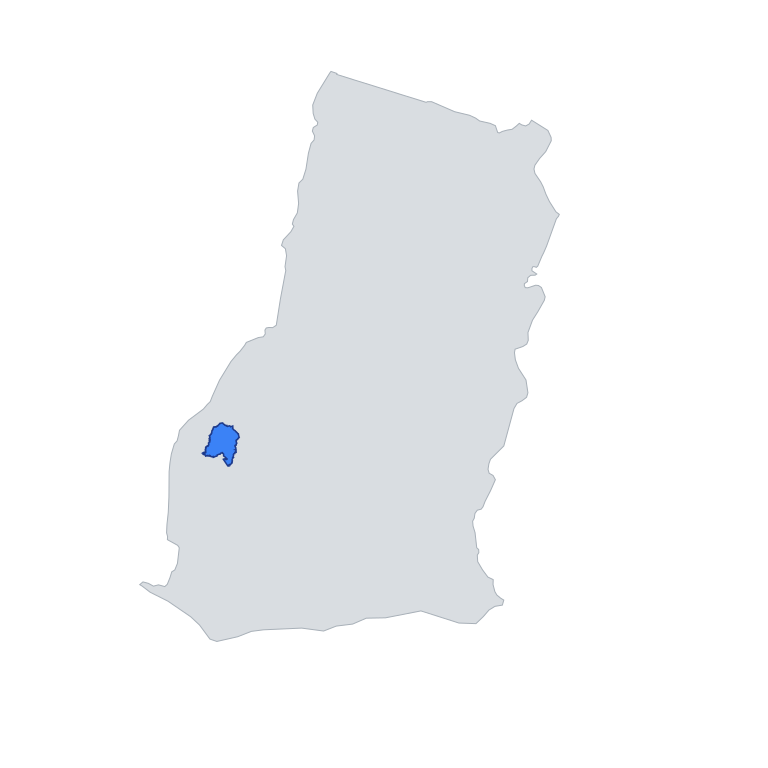 Asunafo North Municipal, Brong Ahafo, Ghana (highlighted), rotated 18°
{"feature_id": "2480657B96138797401471", "entity_name": "Asunafo North Municipal", "entity_type": "district", "adm_level": 2, "iso_a3": "GHA", "parent_name": "Ghana", "parent_adm1": "Brong Ahafo", "projection": "robinson", "projection_center": [-2.711, 6.815], "detail": "fine", "context": "in_parent", "style": "filled", "palette": "blue", "viewbox_px": 768, "rotation_deg": 18, "n_neighbors": 0, "source": "geoboundaries", "source_scale": "gbopen_adm2", "svg_char_len": 7711}
<svg xmlns="http://www.w3.org/2000/svg" viewBox="0 0 768 768"><g transform="rotate(18 384 384)"><path d="M461.5,92.2L466.7,97.8L467.9,101.0L466.0,113.0L462.3,121.4L459.9,129.3L460.2,133.2L462.5,137.1L470.5,143.3L474.5,147.3L479.3,153.4L484.9,159.3L494.3,167.1L498.3,168.5L498.1,170.6L496.9,173.6L496.0,202.5L495.3,209.9L494.7,213.7L493.8,224.4L492.8,226.0L491.0,225.9L489.4,226.3L489.0,228.4L489.7,230.6L495.3,232.2L494.1,233.8L489.9,235.3L487.9,238.5L488.8,242.2L486.5,245.2L487.1,247.2L488.6,248.7L491.0,248.1L497.7,243.2L500.5,242.6L503.9,243.6L510.3,251.2L510.6,254.9L508.0,267.6L505.5,277.4L505.0,290.5L507.7,297.9L507.4,301.9L504.5,305.4L497.9,310.4L498.4,313.9L501.4,320.3L507.0,327.5L517.8,336.3L523.6,347.9L523.7,352.6L520.4,357.3L516.5,361.3L515.2,367.2L517.1,405.9L508.5,422.7L508.4,427.5L509.3,433.0L511.6,436.4L516.0,437.3L519.5,440.6L518.3,452.4L516.4,464.4L516.1,470.2L515.1,473.0L511.7,475.2L510.5,479.0L511.3,483.7L510.7,487.1L512.6,491.6L516.5,497.2L522.8,511.1L525.2,512.2L526.3,515.1L525.6,517.9L528.0,524.0L535.0,530.2L542.4,535.5L548.3,536.3L549.7,541.1L553.6,547.2L556.5,549.8L561.0,551.6L564.7,552.5L564.9,557.7L558.2,561.2L553.7,566.5L550.3,574.6L545.5,583.5L529.1,588.2L522.8,588.2L489.2,588.4L457.7,605.9L439.5,612.2L428.4,622.0L413.4,629.0L402.9,637.6L381.1,641.6L345.4,655.0L334.2,660.3L322.9,669.6L304.6,680.5L297.3,680.4L283.0,670.2L272.1,665.1L245.6,657.3L225.9,654.3L216.3,650.9L213.7,650.3L215.9,646.7L221.5,646.4L227.2,647.5L231.6,644.7L238.1,644.4L239.8,641.5L240.3,634.1L240.2,628.2L242.5,625.5L243.0,618.5L239.9,603.0L237.6,601.2L226.1,599.0L225.3,595.9L223.2,592.7L221.0,584.7L218.5,572.8L214.4,558.0L206.7,533.7L204.8,525.1L203.4,516.3L203.1,505.9L204.8,502.0L204.5,496.6L203.8,491.2L209.3,478.8L220.0,463.6L222.2,458.2L224.2,454.4L224.5,448.9L226.4,431.2L231.5,409.9L234.7,401.8L236.9,397.5L239.5,390.4L240.2,387.0L250.1,378.7L254.6,376.4L255.6,373.1L254.1,369.5L254.7,367.1L257.1,365.8L260.7,364.8L263.4,361.4L259.2,335.1L255.8,308.8L255.6,306.6L253.6,303.0L251.7,292.1L248.4,285.8L243.7,283.9L243.7,278.0L248.4,267.9L249.6,261.9L247.4,260.2L247.1,255.6L248.7,248.1L247.9,243.5L247.0,238.7L242.2,227.2L241.0,219.1L243.5,214.3L243.4,203.9L240.8,187.8L240.3,177.7L242.1,173.5L241.3,169.4L237.7,165.6L237.5,161.9L240.5,158.3L240.1,155.5L236.4,153.4L233.0,148.5L230.0,140.7L230.7,128.1L236.3,105.0L237.0,103.1L243.3,103.2L243.3,104.2L263.0,104.0L285.6,103.7L312.5,103.4L337.0,103.1L338.1,102.1L342.1,100.8L366.9,103.2L382.3,102.0L388.9,102.8L393.7,104.3L404.4,103.3L410.1,103.9L414.4,109.7L416.1,109.6L418.5,107.2L422.8,104.4L427.1,102.2L430.2,97.7L432.1,94.3L434.9,95.0L439.0,94.8L441.7,91.9L442.8,87.5L461.5,92.2Z" fill="#d9dde1" stroke="#a8b0b8" stroke-width="1"/><path d="M233.0,505.5L233.5,505.4L233.5,505.6L233.8,505.6L234.0,505.8L233.9,506.0L233.7,506.0L233.8,506.3L233.5,506.5L233.7,506.8L234.0,506.8L234.4,506.5L234.9,506.4L234.9,506.5L235.1,506.4L235.3,506.6L235.5,506.8L235.8,507.0L236.1,506.9L236.3,507.2L236.7,507.1L236.8,507.6L237.8,507.0L238.2,507.0L238.3,506.5L238.6,506.3L239.3,506.7L239.6,506.7L239.9,506.6L240.2,506.6L240.5,506.3L240.4,505.8L241.0,505.9L241.4,506.4L241.9,506.5L242.4,506.5L242.7,506.2L242.9,506.1L243.6,506.3L243.7,506.1L244.2,506.1L244.4,505.7L244.5,505.8L244.6,506.3L245.6,505.5L246.2,504.8L247.3,504.3L247.4,504.1L247.5,503.7L247.5,503.4L247.3,503.1L249.0,501.6L249.4,501.6L249.9,501.3L250.1,500.2L250.5,500.0L251.1,499.8L251.2,499.7L251.3,499.2L251.5,499.2L252.0,499.8L252.4,499.8L253.1,500.2L253.7,502.0L254.7,502.3L255.1,502.4L258.0,503.8L257.8,504.3L257.0,504.8L256.6,504.5L256.4,504.5L255.7,504.3L255.3,504.7L254.9,505.1L254.6,505.0L254.4,505.2L260.8,510.2L261.2,510.1L260.9,509.9L261.1,509.7L261.1,509.4L261.4,509.1L261.8,508.4L262.4,508.8L262.4,508.6L262.7,508.4L262.9,508.0L263.1,507.7L263.2,507.2L263.3,507.0L263.5,506.6L263.5,506.3L263.5,506.0L263.9,505.9L263.8,505.5L263.7,505.5L263.7,505.4L263.4,505.3L263.4,505.1L263.6,504.5L263.6,503.9L263.2,503.7L262.9,503.0L262.9,502.3L263.2,501.5L263.2,500.9L263.3,500.7L262.9,500.8L262.7,500.6L263.0,500.0L263.1,498.7L262.6,498.1L262.6,497.7L262.7,496.9L262.8,496.8L262.8,496.7L263.3,496.5L263.3,496.4L263.6,496.3L263.5,495.5L263.3,495.2L263.7,495.1L263.8,495.0L264.0,494.8L264.3,494.8L264.5,494.7L264.5,494.4L264.3,494.3L264.3,494.2L263.8,493.7L263.9,493.4L263.7,493.1L263.7,492.9L263.8,492.5L263.6,492.4L263.5,492.2L262.9,492.3L263.1,492.1L263.2,491.6L263.1,491.2L262.8,490.8L262.8,490.5L262.7,490.3L262.5,490.2L262.3,490.1L262.1,489.8L261.8,489.2L261.5,489.2L261.3,488.9L261.3,488.7L261.5,488.7L261.5,488.4L261.9,488.2L262.0,487.9L262.3,487.8L262.3,487.6L262.0,487.4L262.1,487.1L262.0,486.9L262.0,486.7L262.3,486.1L262.2,486.0L262.2,485.7L261.9,485.5L261.9,485.3L261.7,485.2L261.5,484.8L261.3,484.7L261.2,484.0L260.9,483.9L260.8,483.7L261.0,483.5L261.1,483.3L260.9,483.0L261.1,482.8L261.1,482.5L261.2,482.4L261.6,482.2L261.7,481.9L261.9,481.8L261.8,481.3L262.1,481.0L262.1,480.6L262.3,480.5L262.3,480.2L262.6,480.0L262.6,479.9L262.7,479.7L262.8,479.4L262.4,479.1L261.9,478.3L261.5,477.5L261.3,477.3L261.2,477.0L261.0,476.6L260.9,476.7L260.5,476.6L260.1,476.2L259.7,476.0L259.3,475.6L259.0,475.6L258.8,475.5L258.2,475.3L258.2,475.1L257.4,474.8L257.1,474.5L256.9,474.5L256.5,474.3L256.2,474.3L255.4,474.1L255.0,473.7L254.2,473.3L253.8,473.3L253.7,472.1L253.1,470.7L253.0,470.8L252.7,471.2L252.3,471.3L251.5,472.1L250.9,471.7L250.7,471.7L250.3,471.5L250.0,471.5L249.7,471.7L248.6,472.5L248.4,472.5L248.2,472.7L247.9,472.5L247.5,472.6L247.3,472.0L247.0,472.1L246.5,472.4L246.1,472.2L245.9,472.4L245.4,472.4L244.7,471.8L244.1,471.9L243.5,471.6L243.1,471.3L242.9,471.0L242.6,470.9L242.1,471.1L242.0,471.3L241.1,471.5L240.9,471.7L240.9,471.9L240.7,472.1L240.1,472.2L240.1,472.4L240.0,472.6L239.8,472.8L239.7,473.1L239.7,473.4L239.5,473.7L239.4,473.8L239.3,474.1L239.2,474.2L239.1,474.4L238.9,474.7L238.8,474.8L238.8,475.0L238.6,475.2L238.5,475.3L238.4,475.5L238.5,475.6L238.3,475.7L238.4,475.8L238.2,476.0L238.1,475.9L238.0,476.0L237.8,476.2L237.8,476.5L237.7,476.7L237.4,476.7L237.1,476.8L237.0,476.7L236.8,476.8L236.8,477.0L236.7,477.2L236.4,477.2L236.1,477.1L235.8,477.3L235.4,477.8L235.5,477.9L235.4,478.0L235.3,478.5L235.2,478.4L235.2,478.7L235.3,479.3L235.2,479.4L235.3,479.7L235.2,479.8L235.3,479.9L235.2,480.2L235.3,480.3L235.3,480.5L235.1,480.8L235.1,481.1L234.8,481.3L234.8,481.5L234.8,482.0L234.9,482.3L235.0,482.4L235.1,482.9L235.0,483.4L235.2,483.7L235.3,483.8L235.3,484.1L235.2,484.2L235.2,484.9L234.9,485.0L234.9,485.4L234.8,485.5L234.7,485.4L234.4,485.9L234.4,486.1L234.6,486.3L234.5,486.8L234.0,487.2L234.2,487.3L234.3,487.5L234.3,487.8L234.7,488.2L234.7,488.4L234.9,488.5L234.8,488.8L235.0,489.0L234.8,489.1L234.7,489.4L234.7,489.5L234.6,490.1L235.0,490.2L235.3,490.2L235.5,490.5L235.4,490.7L235.4,490.9L235.6,491.0L235.9,491.2L235.7,491.5L235.7,491.4L235.6,491.5L235.4,491.6L235.5,491.7L235.4,491.8L235.6,492.0L235.8,492.2L236.1,492.4L236.2,492.6L236.3,492.9L236.2,493.1L235.8,493.6L235.7,494.1L235.4,494.2L235.3,494.4L235.4,494.5L235.6,494.9L235.6,495.0L235.9,495.5L236.1,495.9L236.0,496.0L236.0,496.5L235.9,496.4L235.7,496.7L235.6,496.8L235.7,497.0L235.5,497.3L235.4,497.6L235.1,497.6L235.1,497.8L234.9,497.8L234.7,498.0L234.5,498.3L234.6,498.6L234.5,498.9L234.2,499.0L234.3,499.2L234.0,499.4L234.0,499.7L234.1,499.8L234.5,500.1L234.4,500.3L234.3,500.7L234.6,501.3L234.3,501.4L234.3,501.7L234.7,502.1L234.6,502.3L234.7,502.5L234.9,502.6L234.9,502.8L235.2,502.9L235.2,503.0L235.2,502.9L235.3,503.0L235.3,503.5L235.3,503.9L235.4,504.0L235.2,504.1L235.3,504.2L235.0,504.3L235.1,504.5L234.9,504.5L234.7,504.7L234.7,504.8L234.3,504.8L234.2,504.7L234.1,504.9L233.7,504.9L233.5,505.1L233.4,505.0L233.0,505.5Z" fill="#3b82f6" stroke="#1e3a8a" stroke-width="1.5"/></g></svg>